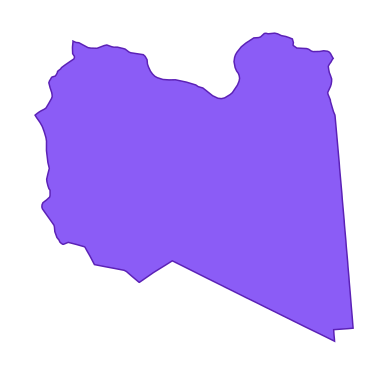 Libya, Natural Earth projection, rotated 356°
{"feature_id": "LBY", "entity_name": "Libya", "entity_type": "country or territory", "adm_level": 0, "iso_a3": "LBY", "parent_name": "Africa", "parent_adm1": "", "projection": "natural_earth1", "projection_center": [17.634, 26.339], "detail": "fine", "context": "isolated", "style": "filled", "palette": "violet", "viewbox_px": 384, "rotation_deg": 356, "n_neighbors": 0, "source": "natural_earth", "source_scale": "50m", "svg_char_len": 2990}
<svg xmlns="http://www.w3.org/2000/svg" viewBox="0 0 384 384"><g transform="rotate(356 192 192)"><path d="M44.8,101.7L47.1,100.5L50.4,99.1L52.1,98.1L52.8,97.2L55.3,93.6L56.6,91.6L58.4,88.9L59.2,87.0L59.2,85.2L59.0,83.1L57.7,78.0L56.8,73.1L57.6,71.2L58.3,70.3L59.9,67.9L60.5,67.5L63.7,66.8L65.0,65.2L66.1,63.3L66.3,62.3L67.8,61.2L69.5,60.1L70.5,58.8L73.9,56.6L77.1,54.7L80.7,52.6L83.5,51.0L84.1,49.6L84.1,48.4L82.6,45.7L82.7,42.5L82.8,39.8L83.0,38.2L83.8,33.8L83.8,33.2L86.7,34.7L89.6,35.2L98.3,40.7L101.1,41.4L107.3,42.0L114.6,39.8L117.3,39.4L122.1,41.5L124.2,42.1L127.7,42.3L133.8,44.2L135.3,44.8L138.8,47.9L140.5,48.8L153.0,51.6L154.7,53.4L156.4,56.9L156.5,61.3L157.4,64.5L159.0,68.6L160.8,71.5L162.9,73.9L165.3,75.5L170.8,77.7L177.1,78.6L183.3,78.9L194.1,82.0L203.3,85.5L205.5,87.3L210.1,89.0L219.3,97.4L224.4,100.3L227.9,100.9L231.1,100.4L236.8,97.5L239.2,95.7L244.8,88.5L246.7,84.7L247.4,82.0L247.2,79.3L246.5,76.9L244.9,74.3L243.7,70.9L243.0,64.9L243.9,60.7L245.0,58.1L246.7,55.6L251.3,50.6L256.1,47.2L264.4,42.6L269.2,42.6L271.2,42.1L275.2,38.9L276.8,38.8L279.0,39.5L285.6,39.3L288.5,40.2L292.0,42.2L296.4,43.4L299.5,44.7L302.8,46.3L303.6,50.2L303.2,51.4L303.2,52.9L306.6,55.7L316.3,56.9L318.3,57.7L321.0,59.8L322.7,60.4L329.3,60.7L333.2,60.3L336.9,61.0L338.3,61.7L339.7,63.3L341.5,67.3L342.2,68.6L341.5,69.3L340.5,70.7L339.8,71.9L338.1,73.9L336.7,76.1L336.9,79.2L337.3,82.4L338.3,85.6L339.2,89.0L339.0,91.3L338.4,94.1L337.5,96.4L334.8,101.3L334.3,102.4L334.5,104.0L336.4,109.7L336.5,111.5L337.7,117.1L338.7,121.6L339.9,125.1L340.0,126.1L340.1,131.3L340.2,136.5L340.3,141.7L340.4,146.9L340.5,152.1L340.6,157.4L340.7,162.6L340.8,167.8L340.9,173.0L340.9,178.2L341.0,183.4L341.1,188.7L341.2,193.9L341.3,199.1L341.4,204.3L341.4,209.5L341.5,214.7L341.6,219.9L341.7,225.1L341.8,230.4L341.8,235.6L341.9,240.8L342.0,246.0L342.1,251.2L342.1,256.4L342.2,261.6L342.3,266.8L342.4,272.0L342.4,277.3L342.5,282.5L342.6,287.7L342.6,292.9L342.8,304.4L342.9,316.0L343.1,327.5L343.2,339.1L338.1,339.2L333.3,339.2L328.5,339.2L323.7,339.2L323.7,342.1L323.7,345.0L323.8,347.9L323.8,350.8L314.4,345.3L304.9,339.8L295.5,334.4L286.1,328.9L276.7,323.4L267.3,317.9L257.9,312.4L248.6,306.9L239.2,301.5L229.9,296.0L220.5,290.5L211.2,285.0L201.8,279.5L192.5,274.0L183.2,268.5L173.9,263.0L167.5,259.3L160.6,263.0L155.1,265.9L147.9,269.7L139.7,274.6L133.3,278.4L133.0,278.4L132.8,278.3L126.2,271.9L121.1,266.8L118.9,265.4L109.2,262.8L99.6,260.3L89.6,257.6L87.8,253.5L85.8,248.9L83.0,243.1L81.4,239.6L80.8,239.1L73.1,236.3L65.0,233.6L60.2,235.2L59.4,235.1L58.0,234.1L56.7,232.7L56.0,230.7L54.1,228.0L52.4,222.0L52.3,217.2L52.0,215.5L47.9,208.7L44.1,202.5L41.6,198.4L41.2,196.5L41.5,194.3L42.6,192.2L46.3,189.8L49.7,187.1L50.2,185.3L50.5,180.3L49.5,178.7L48.7,175.7L48.0,171.7L47.9,169.1L49.5,163.9L51.3,158.5L50.3,152.5L49.7,140.5L50.4,131.1L50.1,127.6L49.8,126.2L48.8,121.7L47.5,117.1L46.9,115.5L45.1,111.8L42.3,107.2L40.8,104.4L42.9,102.9L44.8,101.7Z" fill="#8b5cf6" stroke="#5b21b6" stroke-width="1.5"/></g></svg>